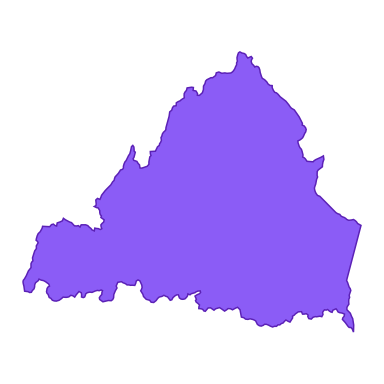 outline of Guaratinga, Bahia, Brazil
{"feature_id": "56859067B89183133429450", "entity_name": "Guaratinga", "entity_type": "district", "adm_level": 2, "iso_a3": "BRA", "parent_name": "Brazil", "parent_adm1": "Bahia", "projection": "albers", "projection_center": [-39.976, -16.509], "detail": "fine", "context": "isolated", "style": "filled", "palette": "violet", "viewbox_px": 384, "rotation_deg": 0, "n_neighbors": 0, "source": "geoboundaries", "source_scale": "gbopen_adm2", "svg_char_len": 5948}
<svg xmlns="http://www.w3.org/2000/svg" viewBox="0 0 384 384"><path d="M251.2,56.5L247.8,58.0L246.5,56.4L245.7,54.5L244.2,53.5L241.9,53.0L239.9,51.9L238.5,52.8L237.7,54.9L237.0,57.6L237.1,59.7L237.4,61.2L236.6,62.8L236.6,64.8L235.6,66.6L234.8,68.7L233.4,70.9L232.2,72.1L230.8,73.0L227.0,73.3L224.9,72.9L221.8,73.3L218.9,72.0L216.3,72.8L215.6,75.5L212.7,77.7L210.9,77.7L206.9,79.7L205.6,81.1L205.0,83.6L203.5,86.1L203.4,89.6L202.4,92.7L199.4,95.4L197.4,95.3L197.5,93.5L196.0,91.0L193.1,90.4L193.4,87.5L191.6,87.2L187.1,87.9L186.4,90.5L185.3,91.6L184.2,93.6L184.1,95.6L184.3,97.8L181.3,99.7L180.1,100.8L178.0,101.7L176.3,102.8L176.2,105.7L173.6,106.1L172.5,107.7L171.7,110.2L169.7,111.9L169.1,116.3L166.0,127.5L165.8,129.8L164.7,131.2L163.5,132.2L162.4,133.9L161.8,136.1L161.0,137.6L161.4,140.4L160.6,142.3L159.6,143.7L159.3,145.4L157.5,146.8L155.4,151.2L150.3,151.5L150.4,153.9L151.0,155.6L149.8,156.9L148.9,161.9L148.9,164.3L147.2,166.3L141.9,168.1L140.0,168.0L139.5,164.9L138.1,163.4L136.9,161.4L133.7,160.3L133.1,158.8L134.0,157.3L135.3,152.2L134.2,151.2L133.9,147.0L132.8,145.4L131.5,146.6L130.7,150.5L129.8,153.8L128.6,155.5L126.1,160.6L125.0,161.8L124.1,163.8L123.4,166.2L123.4,168.0L122.6,169.3L120.5,170.0L118.4,173.3L115.1,176.9L114.5,178.6L114.1,180.4L112.6,181.9L110.8,184.9L107.1,188.6L105.2,190.6L101.6,195.2L100.9,197.2L99.9,199.4L97.5,198.4L95.8,200.0L96.2,204.0L95.9,205.6L94.3,206.5L96.5,207.6L98.1,207.9L99.7,210.5L99.8,212.9L100.3,214.7L101.4,215.9L100.9,217.5L104.1,219.8L103.7,222.0L102.0,223.5L100.9,224.9L101.1,226.8L101.8,228.7L100.2,229.5L98.3,228.6L96.8,228.5L94.8,228.1L94.3,230.9L92.0,229.9L91.0,228.5L89.2,227.1L87.8,225.6L85.7,224.8L81.2,224.8L80.0,227.0L78.3,225.6L76.5,226.0L74.4,225.8L71.5,222.6L69.8,222.1L65.5,219.8L63.4,218.3L62.4,220.8L60.1,221.9L57.2,222.9L56.6,226.0L55.0,225.5L53.4,224.1L51.5,224.6L49.7,226.7L42.6,226.3L42.1,228.3L40.2,231.7L38.2,233.6L37.2,235.8L36.4,238.5L36.1,240.3L37.5,241.4L38.1,242.8L36.3,245.9L36.4,248.5L34.7,250.9L32.5,257.9L32.9,260.9L31.7,262.1L31.0,263.7L31.0,267.6L28.4,270.9L26.3,275.7L24.4,279.0L23.3,280.3L23.0,281.9L23.3,283.9L23.9,286.1L24.6,291.2L28.2,291.7L29.6,292.5L31.4,292.3L32.3,290.6L34.0,288.9L34.6,287.0L34.7,284.8L35.6,282.7L38.3,280.6L39.0,279.1L41.1,280.1L43.5,280.6L45.4,281.6L48.8,284.1L49.5,286.1L48.0,287.0L47.1,288.4L46.5,291.7L47.0,293.3L48.1,294.4L49.2,297.5L50.8,298.3L52.3,300.2L54.2,300.9L56.3,301.1L59.1,300.3L61.5,298.6L63.1,297.1L65.0,297.3L66.8,297.3L68.8,296.9L70.8,295.3L72.7,295.7L74.7,297.1L76.2,294.8L79.0,291.5L81.3,292.8L81.6,294.8L81.5,297.0L83.2,297.6L84.6,297.0L85.3,295.5L85.7,293.9L87.3,292.7L89.8,292.1L92.0,292.4L95.5,290.9L97.4,290.4L99.2,290.7L101.1,290.0L102.5,290.6L101.9,292.6L101.8,294.5L100.4,296.0L99.3,297.8L99.7,299.5L102.9,301.8L108.3,300.5L111.2,300.7L112.7,299.6L113.6,297.8L113.8,294.5L115.4,290.7L117.0,288.0L116.2,286.0L117.8,282.3L121.5,281.7L122.9,282.7L125.5,283.7L127.0,284.9L128.9,284.9L130.4,285.3L132.1,285.2L134.8,285.4L135.7,283.4L136.3,281.0L138.0,279.9L139.9,280.9L141.8,285.1L142.1,287.5L141.5,289.3L140.7,290.8L142.9,294.3L143.5,296.5L146.2,299.3L149.7,300.3L151.1,302.2L153.7,302.5L156.1,300.6L157.7,298.4L159.3,297.0L162.0,296.4L163.9,295.3L166.0,296.4L167.5,296.8L170.2,300.3L171.8,299.8L173.0,297.6L174.9,295.9L176.8,294.8L178.3,294.8L179.4,297.9L181.1,299.1L182.9,299.3L184.9,298.9L186.5,297.4L187.6,295.7L187.9,293.9L190.0,294.8L191.3,293.7L195.0,292.7L196.2,291.8L197.9,291.1L200.2,290.9L200.6,292.4L199.5,293.7L197.1,294.7L195.0,296.1L196.4,299.3L195.5,300.5L196.1,302.0L198.0,303.5L199.5,305.0L198.9,306.8L198.8,308.6L201.2,308.8L202.8,309.4L203.8,310.9L205.3,311.3L208.1,308.0L210.5,307.8L214.0,310.2L215.6,308.8L219.5,307.6L221.7,309.0L224.6,311.1L226.5,309.9L228.0,308.6L230.4,308.7L232.5,309.8L235.8,308.0L237.6,307.3L240.0,309.7L241.4,317.1L243.8,317.7L245.5,319.1L247.9,319.4L250.1,318.8L253.3,319.6L255.6,320.8L257.4,324.4L259.3,325.7L261.2,326.1L263.3,325.3L264.5,324.3L266.4,324.3L268.5,325.1L270.5,326.2L272.6,327.0L274.4,326.3L276.5,326.3L278.1,324.8L279.8,324.9L281.3,323.6L283.2,322.9L284.4,321.4L285.9,320.0L288.1,321.3L290.0,322.1L292.6,318.0L292.5,316.2L294.3,315.1L295.4,313.9L298.4,311.8L301.5,311.7L302.5,314.1L304.2,314.1L306.4,313.7L308.1,315.1L307.8,316.6L308.8,318.6L311.3,319.1L313.0,317.3L315.2,316.6L316.6,316.8L319.9,316.2L321.8,316.7L323.0,314.5L322.6,312.5L323.3,311.2L324.5,309.8L326.2,310.1L327.6,309.5L329.3,311.0L330.7,311.9L332.1,312.3L332.9,310.2L336.0,308.8L337.1,310.2L338.0,311.9L339.4,312.6L342.2,313.1L344.5,314.1L344.1,316.3L342.8,317.9L342.4,319.4L345.3,322.6L348.0,326.3L349.1,327.4L351.0,327.6L352.1,328.7L353.5,332.1L353.7,325.0L352.7,318.6L351.6,316.5L350.3,313.2L346.9,309.7L346.9,307.5L347.7,305.9L348.9,304.2L348.7,301.9L348.8,299.4L349.6,297.5L349.2,295.2L350.8,290.5L350.2,288.6L349.1,287.0L347.6,282.5L346.6,280.6L347.0,278.8L361.0,225.4L357.6,223.5L356.5,221.8L355.2,220.6L353.5,219.5L351.4,220.0L348.7,220.3L346.7,219.4L345.6,218.3L344.1,217.4L342.1,216.7L340.9,215.9L339.8,214.4L337.5,213.6L335.9,212.6L319.8,196.3L317.5,195.4L316.0,193.3L315.2,191.6L314.7,189.9L314.4,188.1L315.0,186.0L315.7,184.1L316.6,179.3L317.6,177.0L317.1,175.3L317.2,171.5L318.2,170.0L322.4,166.8L322.5,164.5L323.0,161.9L323.9,159.4L323.4,155.9L321.1,157.2L315.8,159.6L314.2,160.6L313.1,161.8L307.0,161.3L305.3,158.8L304.1,157.7L302.7,157.0L303.0,155.0L302.1,151.4L301.4,149.3L299.9,147.6L299.1,146.0L298.0,142.6L297.9,140.9L299.9,140.0L301.5,138.8L302.6,137.8L303.4,136.4L304.7,133.4L305.7,131.9L306.2,129.5L305.5,127.6L304.0,125.8L302.2,125.1L302.4,123.3L299.1,116.8L294.3,109.9L291.4,108.2L290.0,106.6L288.8,104.8L285.9,101.2L280.2,96.8L278.0,94.2L276.5,92.9L274.7,92.3L273.4,90.4L272.2,87.7L272.2,85.6L269.9,85.4L268.0,83.9L266.8,81.9L264.6,79.7L262.3,78.3L261.5,76.6L260.2,72.5L259.8,69.9L259.0,67.7L257.9,66.6L256.2,66.3L254.8,67.0L253.6,65.3L251.9,63.7L251.2,61.5L251.5,59.9L252.5,58.2L251.2,56.5Z" fill="#8b5cf6" stroke="#5b21b6" stroke-width="1.5"/></svg>